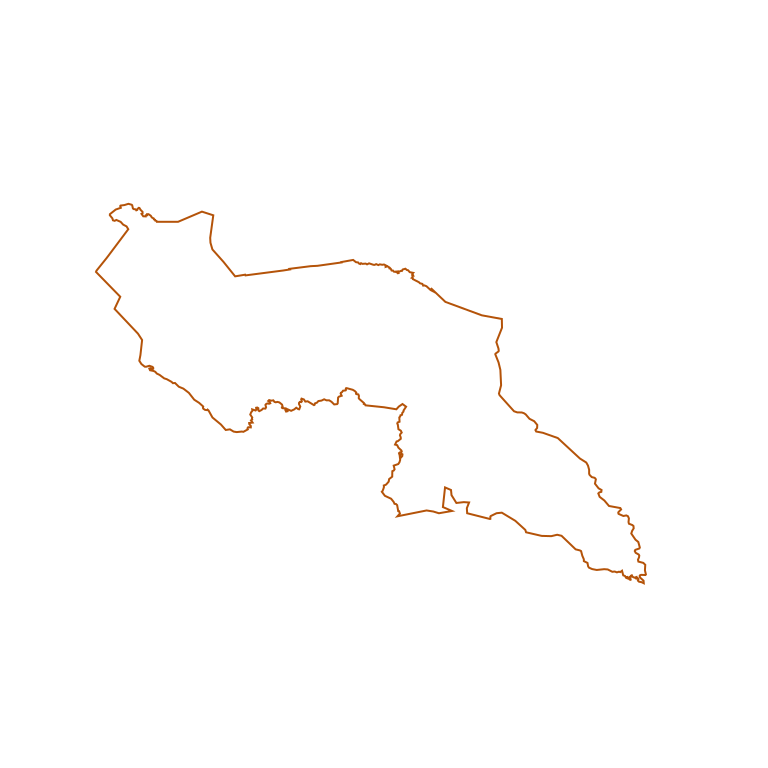 Pelēču pag., Preilu, Latvia, rotated 206°
{"feature_id": "27541924B42049645458782", "entity_name": "Pelēču pag.", "entity_type": "district", "adm_level": 2, "iso_a3": "LVA", "parent_name": "Latvia", "parent_adm1": "Preilu", "projection": "natural_earth1", "projection_center": [26.741, 56.146], "detail": "fine", "context": "isolated", "style": "outline", "palette": "amber", "viewbox_px": 768, "rotation_deg": 206, "n_neighbors": 0, "source": "geoboundaries", "source_scale": "gbopen_adm2", "svg_char_len": 6106}
<svg xmlns="http://www.w3.org/2000/svg" viewBox="0 0 768 768"><g transform="rotate(206 384 384)"><path d="M167.8,402.1L175.2,402.9L204.1,411.6L219.8,409.8L226.4,408.0L227.7,409.0L227.1,411.6L228.3,414.4L232.7,416.4L238.0,416.5L243.3,418.8L245.4,419.1L247.7,418.8L251.8,416.9L255.2,416.5L275.2,424.6L276.5,425.8L278.2,434.2L285.6,447.7L290.5,453.6L297.0,459.5L297.1,460.1L295.4,463.4L295.4,464.1L296.7,466.1L301.4,470.9L302.6,486.3L306.6,494.1L326.2,488.6L364.8,484.7L383.9,490.7L380.9,488.8L383.4,488.9L388.7,490.5L391.1,490.3L391.9,489.6L393.4,490.8L395.8,490.3L397.2,490.8L404.0,490.9L404.5,491.7L405.4,491.6L405.0,492.4L406.2,494.0L405.3,494.3L406.8,495.6L406.5,496.7L409.9,495.8L412.2,496.8L413.5,496.5L415.3,497.0L417.4,495.1L417.5,493.4L418.3,493.2L419.6,491.6L420.7,491.5L420.7,490.9L419.6,490.1L420.1,489.6L422.5,490.4L422.8,489.8L424.4,489.3L425.7,489.9L426.9,489.3L428.4,490.5L429.7,490.3L429.8,491.0L430.3,491.1L432.4,491.3L433.5,490.3L433.5,491.2L434.4,490.9L434.5,491.4L436.4,491.4L437.8,490.4L440.2,489.7L441.2,488.4L443.6,488.3L444.6,487.0L445.8,486.5L450.3,485.9L451.7,484.1L453.2,484.2L456.1,482.5L457.6,482.5L457.9,481.4L459.3,481.3L460.5,481.9L462.6,481.2L466.1,482.0L475.8,474.9L475.5,474.6L495.7,461.0L501.5,457.8L519.4,446.1L518.8,445.7L524.4,441.8L556.1,420.9L556.7,421.4L565.0,415.5L581.8,423.4L597.2,429.7L601.9,434.9L604.3,439.2L611.4,460.8L623.2,459.1L640.2,439.5L659.3,430.2L659.9,430.8L661.3,430.6L661.7,431.2L663.0,431.1L663.4,431.8L665.7,431.9L667.4,433.0L670.1,433.4L671.4,432.7L670.9,431.8L672.0,431.2L671.6,430.2L673.9,429.2L676.5,430.6L675.8,431.5L676.5,432.9L679.1,433.8L681.0,435.0L681.7,434.8L682.2,433.4L682.1,432.3L682.8,431.5L683.8,432.1L685.6,431.5L686.6,431.7L688.7,434.3L689.4,434.5L692.7,433.9L695.8,431.0L699.0,428.9L699.1,428.3L697.8,427.0L701.6,423.2L704.8,416.5L704.4,415.5L700.7,413.8L699.4,412.3L697.6,412.6L696.5,414.1L691.8,414.3L688.3,412.9L684.5,412.8L681.7,411.0L688.5,375.7L692.1,359.8L692.0,358.5L659.3,346.8L659.1,333.4L627.2,321.4L620.7,317.5L615.6,303.2L614.1,297.6L610.8,295.6L606.7,294.7L605.4,295.2L602.9,297.5L599.7,297.9L598.7,297.6L598.1,296.6L598.5,295.9L601.1,295.6L601.7,295.0L600.3,293.8L596.8,294.7L594.9,294.7L592.8,293.8L589.7,293.8L584.0,292.7L581.4,293.1L575.9,292.8L574.1,292.2L572.3,293.3L567.2,291.6L562.3,291.9L555.5,290.5L547.7,286.7L541.9,286.0L536.6,284.5L536.3,283.2L535.6,282.6L533.5,282.3L531.2,283.1L531.2,283.6L530.1,283.3L523.5,278.7L512.8,276.1L506.1,273.3L502.6,275.7L498.3,275.3L495.3,276.2L491.0,278.9L489.4,279.4L486.5,283.5L487.3,284.4L487.1,285.6L484.7,286.6L485.3,287.9L487.5,288.9L488.1,289.8L485.2,291.7L487.6,293.0L486.9,294.3L487.6,295.1L487.7,296.1L490.8,297.9L491.0,300.3L490.5,302.2L491.3,303.4L487.8,303.9L487.5,305.0L488.5,306.6L487.6,307.3L486.4,307.2L485.3,305.2L484.2,304.9L482.7,306.9L481.9,309.0L479.8,309.9L479.8,311.4L481.4,313.2L481.1,314.5L480.3,315.4L478.6,315.9L477.8,316.8L479.0,317.8L480.6,318.0L480.2,319.2L478.0,319.6L476.3,320.8L474.6,319.9L473.3,320.1L471.9,321.2L469.9,321.6L466.6,320.8L465.1,319.1L465.6,318.3L465.4,317.9L464.5,317.8L461.7,319.0L461.1,318.1L461.3,317.4L459.9,316.3L458.7,317.3L459.5,319.0L455.7,319.2L453.5,321.9L452.5,324.2L450.0,323.8L449.1,324.1L449.4,327.1L451.6,328.7L452.1,329.8L451.8,331.0L450.5,331.4L450.2,332.3L451.7,333.9L451.7,334.7L449.2,335.0L447.0,333.7L445.0,335.0L437.7,334.3L437.3,334.8L437.5,336.4L436.1,337.8L435.5,339.9L432.9,341.7L431.1,344.0L428.5,344.1L426.1,345.3L423.4,345.0L419.8,343.8L417.3,345.4L417.1,346.2L419.3,351.7L419.0,352.8L416.9,354.9L418.8,356.4L418.9,357.2L418.2,358.2L417.9,360.0L415.7,361.4L415.6,362.0L416.2,362.8L416.3,363.5L415.8,363.9L409.6,365.1L407.2,364.9L405.2,364.2L404.9,363.0L404.5,362.8L402.5,363.4L401.3,362.3L400.5,360.2L399.6,359.7L393.7,358.1L393.4,357.2L392.0,357.4L391.3,356.7L373.8,363.1L361.8,366.7L360.8,370.2L358.6,374.1L354.2,373.3L354.8,368.8L354.4,367.7L354.9,366.0L354.3,364.3L355.5,363.1L355.2,361.9L355.6,360.7L353.5,356.9L354.9,355.4L354.7,354.2L353.8,353.6L351.2,349.7L348.4,349.4L346.8,348.1L347.4,346.1L347.2,344.9L345.6,343.4L344.9,342.1L346.5,338.7L347.5,337.9L347.5,334.4L345.3,334.8L343.2,333.1L339.3,331.9L338.5,331.2L338.5,330.5L339.8,329.4L340.2,328.4L338.7,326.8L337.6,329.0L336.6,328.9L336.0,327.2L336.4,325.7L338.5,326.5L336.2,322.9L335.8,320.4L336.1,318.3L339.5,314.9L337.1,312.0L337.3,310.5L338.3,309.3L336.0,304.3L337.7,300.8L337.0,298.3L337.7,295.6L338.2,294.2L339.7,292.7L338.9,291.4L338.6,289.6L338.4,287.1L338.7,286.2L334.2,283.9L327.3,284.0L323.7,282.3L322.0,280.9L320.7,281.4L319.1,280.9L315.5,276.0L314.7,276.3L312.9,274.5L313.9,271.0L290.3,289.0L283.8,291.0L278.0,291.9L267.2,299.7L277.1,299.2L283.8,317.8L277.3,318.1L274.6,313.7L266.8,308.8L260.5,312.8L255.6,314.8L255.1,308.7L252.6,304.3L229.7,309.1L229.3,309.4L230.3,311.6L230.1,312.2L226.2,317.2L221.7,320.0L206.0,318.6L193.0,314.8L191.3,313.0L175.7,316.6L166.9,320.6L162.3,324.4L157.9,325.4L139.3,319.4L135.0,320.3L133.6,320.2L130.5,316.6L127.6,314.1L126.7,312.4L122.7,312.4L120.6,309.6L119.3,308.8L115.8,308.9L111.3,310.1L104.9,314.1L101.6,315.4L96.5,315.3L94.4,316.6L92.1,316.8L90.5,318.3L89.2,318.5L88.2,320.5L85.1,316.9L83.3,317.1L81.4,315.9L80.3,316.0L81.0,317.1L80.5,317.4L77.5,315.9L76.6,316.1L76.7,316.7L78.0,317.2L78.4,318.5L77.6,319.0L78.0,319.9L77.4,320.7L76.0,319.7L74.0,319.7L72.8,320.9L72.5,319.8L72.0,319.6L71.7,319.8L71.8,321.0L71.2,321.0L69.7,320.0L69.6,318.6L68.1,318.1L65.6,318.8L63.2,318.8L64.5,321.0L69.0,322.3L70.1,323.6L70.1,324.2L69.2,325.2L65.3,326.9L65.1,327.6L67.8,330.9L69.9,336.0L72.5,336.9L77.5,335.9L78.7,337.4L78.8,340.0L79.4,341.8L80.4,342.4L83.8,342.6L85.4,343.8L85.4,345.1L82.4,348.1L82.4,349.2L86.2,353.5L89.7,354.3L96.2,358.0L96.6,360.8L96.3,363.7L97.5,365.7L98.9,366.1L102.6,365.8L103.7,367.1L105.0,370.6L106.8,372.1L108.6,372.1L111.0,370.3L116.2,370.1L117.0,370.9L117.1,371.7L115.9,375.2L117.2,376.1L128.3,373.0L134.9,375.9L140.7,377.1L143.4,379.6L142.9,381.0L141.4,382.3L142.0,384.1L145.4,384.3L150.7,386.9L151.8,391.2L152.6,391.7L153.6,392.0L156.5,391.4L159.5,392.5L160.3,393.3L162.0,396.8L164.9,400.1L167.8,402.1Z" fill="none" stroke="#b45309" stroke-width="2"/></g></svg>